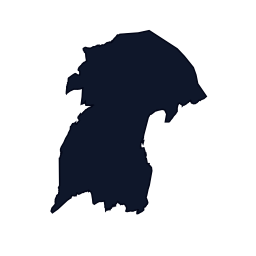 the district of Kongsvinger nor, Hedmark, Norway, rotated 283°
{"feature_id": "86288312B35132489533254", "entity_name": "Kongsvinger nor", "entity_type": "district", "adm_level": 2, "iso_a3": "NOR", "parent_name": "Norway", "parent_adm1": "Hedmark", "projection": "equal_earth", "projection_center": [12.12, 60.19], "detail": "fine", "context": "isolated", "style": "filled", "palette": "ink", "viewbox_px": 256, "rotation_deg": 283, "n_neighbors": 0, "source": "geoboundaries", "source_scale": "gbopen_adm2", "svg_char_len": 5612}
<svg xmlns="http://www.w3.org/2000/svg" viewBox="0 0 256 256"><g transform="rotate(283 128 128)"><path d="M176.4,197.2L186.8,185.9L195.0,182.2L201.6,178.0L210.5,166.7L216.2,158.1L227.6,126.7L222.9,116.7L217.4,99.0L217.0,98.9L216.6,98.4L216.5,97.8L215.4,97.4L215.6,97.1L216.1,96.8L215.8,96.5L214.5,96.1L211.8,94.4L210.6,94.0L210.1,93.6L209.6,93.6L209.7,93.3L209.5,92.9L209.0,92.9L208.8,92.7L208.0,92.9L207.5,92.5L207.4,92.2L207.8,91.8L207.4,91.5L207.1,91.0L207.5,90.6L207.0,90.0L206.8,89.3L206.5,89.2L206.3,88.3L203.8,86.3L203.0,84.9L203.2,84.4L203.1,84.1L202.5,83.5L202.1,82.9L201.1,82.0L201.3,81.7L202.1,81.2L201.8,80.9L201.9,80.2L201.4,79.2L200.7,79.0L200.4,78.1L199.8,77.6L199.5,76.8L199.5,76.4L199.2,75.7L198.0,74.6L197.5,73.7L197.2,73.5L196.8,72.5L196.9,72.1L197.1,71.9L196.6,71.4L196.8,70.8L196.6,70.5L196.9,69.9L196.8,69.3L197.0,68.8L196.8,68.1L195.4,66.6L194.0,67.0L193.3,67.9L192.5,68.3L192.1,68.7L192.2,69.2L191.0,70.1L187.8,71.1L184.0,72.7L183.8,72.5L183.8,72.3L181.6,70.7L181.9,70.4L180.2,69.1L178.6,68.5L178.0,68.1L177.9,67.9L177.1,67.5L176.0,66.7L175.1,66.7L174.3,66.4L173.4,66.5L173.0,66.8L172.9,67.6L172.5,68.2L170.6,68.8L168.8,69.0L168.5,68.3L168.3,66.8L169.0,65.2L169.1,64.3L167.6,62.7L163.3,58.9L162.7,58.8L159.5,59.4L158.5,59.0L157.8,59.4L156.8,59.3L156.7,59.1L155.7,59.3L155.0,59.0L153.3,59.3L153.3,59.5L151.0,59.6L150.6,59.8L149.7,59.8L147.7,60.2L147.6,60.3L148.0,60.4L151.0,63.0L153.7,66.4L154.5,70.1L155.3,72.4L156.8,74.9L148.1,76.4L140.8,77.1L141.4,77.8L141.2,78.0L141.4,78.4L142.1,79.0L142.2,79.4L144.1,80.4L142.2,80.9L142.0,81.3L140.8,81.8L140.9,83.1L141.3,83.8L141.3,84.6L141.5,85.0L141.3,85.3L141.6,86.4L141.5,86.6L141.7,86.8L141.7,87.2L142.1,87.4L142.1,87.7L142.6,88.6L142.5,88.9L141.9,88.2L140.7,88.0L139.9,87.2L139.0,86.0L138.8,85.4L137.6,84.2L137.0,84.1L136.7,83.4L136.1,82.7L134.2,81.7L133.7,81.2L133.0,81.1L132.4,80.4L131.9,80.4L131.5,80.1L130.8,79.1L130.2,78.9L130.2,78.7L130.8,78.4L129.1,77.7L128.7,77.9L128.2,77.7L128.1,77.1L126.6,77.0L124.8,79.0L123.2,78.5L121.7,77.4L120.3,77.2L120.2,77.0L120.0,76.7L121.0,75.5L121.3,75.5L120.7,75.1L120.6,74.7L120.0,74.2L120.0,73.8L119.7,73.5L119.7,73.1L118.6,72.8L118.4,72.6L117.7,72.6L117.0,72.3L116.8,72.0L116.4,71.7L113.5,72.2L109.6,71.2L108.4,71.2L103.8,69.7L99.3,68.9L94.5,67.4L93.0,67.2L92.2,67.1L90.2,67.6L89.7,68.9L88.5,68.9L88.6,68.7L88.5,68.2L87.1,68.6L83.5,68.5L83.1,68.0L56.5,74.4L54.9,73.9L54.3,73.8L54.3,74.1L53.4,74.3L53.4,74.5L53.0,74.8L51.7,74.7L51.5,75.0L50.9,75.0L50.1,75.3L49.7,75.1L48.3,75.3L47.3,75.0L47.1,74.6L46.2,73.9L45.7,73.8L45.3,74.0L44.5,73.7L42.3,73.3L41.4,73.4L40.7,73.9L40.4,73.6L39.5,73.7L39.4,74.0L38.6,74.2L38.4,74.5L37.9,74.4L37.7,74.2L36.9,74.1L32.9,72.0L29.7,71.8L28.4,73.4L33.4,77.8L44.0,85.0L46.5,87.3L47.0,88.0L49.5,88.3L49.7,88.6L49.7,89.7L50.0,90.2L49.9,91.2L50.4,92.0L50.3,92.5L53.0,92.9L52.9,93.1L53.1,93.2L52.7,93.8L52.7,94.8L52.5,95.0L53.5,96.3L54.9,97.8L55.2,98.9L55.8,99.6L56.3,99.9L56.4,100.3L57.0,101.1L56.8,101.5L57.6,102.4L58.1,103.2L57.7,103.2L57.2,103.8L57.6,104.1L57.7,104.4L58.1,104.6L57.4,106.3L55.6,107.6L50.7,109.6L47.1,110.8L46.6,111.3L46.7,111.6L46.2,112.3L48.6,114.7L50.1,116.6L50.4,118.4L51.6,121.4L47.1,123.1L45.6,123.4L44.9,124.2L42.4,124.9L43.5,125.5L43.5,125.9L44.5,125.6L44.6,126.2L44.4,126.5L44.0,126.6L44.2,126.9L44.1,127.0L44.4,127.1L44.5,127.7L45.3,127.8L45.4,128.1L45.3,128.3L45.6,128.6L44.9,128.9L45.6,129.1L46.1,129.7L48.4,130.2L48.9,130.6L49.3,130.6L49.1,131.0L49.3,131.2L48.7,131.3L48.9,131.5L49.7,132.1L49.6,132.3L49.8,132.6L49.5,132.6L49.8,132.8L49.6,133.2L50.8,133.0L51.8,133.5L52.5,133.8L53.0,134.2L53.7,134.2L54.2,134.5L53.8,135.5L52.9,135.9L52.5,137.2L51.8,138.0L52.4,138.9L52.3,139.7L53.1,140.7L52.9,140.8L53.1,141.3L52.6,142.5L51.6,143.1L51.4,143.8L50.3,144.4L48.8,144.9L46.6,144.6L46.4,145.1L46.5,146.2L47.3,147.8L47.6,148.2L47.5,148.4L47.9,148.8L47.9,150.2L48.3,150.9L48.1,151.1L48.2,151.6L49.4,153.2L49.8,154.4L50.5,155.4L50.6,156.3L49.4,156.3L48.4,155.7L47.8,156.1L47.3,155.8L47.0,155.9L46.6,156.0L46.6,156.3L47.1,157.3L48.5,158.7L49.8,160.3L51.7,161.7L53.5,161.2L54.5,161.4L55.2,161.7L55.3,161.9L55.0,162.3L55.2,162.5L56.9,163.2L57.6,163.1L58.0,163.3L58.1,163.8L59.1,164.0L60.2,163.9L60.5,163.5L61.8,162.9L64.4,161.1L66.3,161.3L72.7,161.2L77.0,161.5L91.6,160.8L94.9,159.6L95.1,158.8L95.8,158.5L95.9,157.8L96.1,157.7L96.5,157.0L96.9,156.7L98.0,156.6L97.9,156.0L97.7,155.7L97.6,155.1L97.7,154.7L102.7,152.5L102.0,152.5L101.9,152.2L104.5,151.6L105.4,151.8L106.3,151.5L105.8,150.7L106.6,150.6L107.2,151.0L107.8,150.8L107.6,150.1L108.6,149.9L112.2,147.9L111.9,147.1L111.5,146.4L111.6,146.0L111.0,145.5L111.1,144.8L111.3,144.7L112.6,144.7L113.1,144.4L113.1,144.2L116.8,143.9L118.1,144.3L117.5,144.6L117.5,144.9L117.2,145.1L117.2,145.4L116.3,146.1L119.2,146.1L118.8,145.3L119.9,145.0L120.1,144.7L120.6,145.0L120.9,144.5L121.8,145.2L122.8,144.9L125.2,144.8L143.6,145.3L143.8,145.6L146.1,146.2L146.8,147.5L147.4,148.0L150.9,150.9L151.3,152.0L151.7,152.0L151.9,152.2L151.8,152.6L153.8,156.8L154.0,157.8L153.9,159.7L150.3,162.6L142.4,163.0L143.2,166.5L144.2,167.2L145.4,167.6L147.9,168.9L149.8,169.5L152.9,171.3L153.6,171.3L155.2,172.1L158.6,171.3L161.5,171.3L163.3,171.8L163.7,172.2L163.8,172.5L163.2,173.9L163.1,175.0L162.5,175.6L162.4,176.0L161.9,176.1L162.7,176.6L163.0,177.5L164.6,179.2L165.5,179.8L166.7,181.0L167.4,181.2L168.1,182.1L168.5,182.2L168.9,182.6L168.9,182.9L168.6,183.1L167.8,183.3L167.7,183.8L166.9,184.2L167.1,184.4L166.4,186.1L167.0,188.0L168.7,189.7L169.4,189.9L169.8,190.4L170.6,190.5L171.2,191.6L171.1,192.1L172.5,193.0L172.5,193.5L173.1,194.1L173.7,195.2L176.4,197.2Z" fill="#0f172a" stroke="#020617" stroke-width="1.5"/></g></svg>